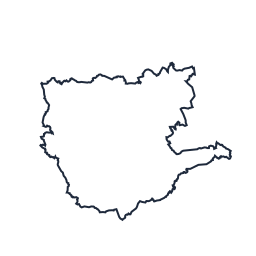 outline of Tlaltenango de Sánchez Román, Zacatecas, Mexico, rotated 153°
{"feature_id": "50627088B31443203772787", "entity_name": "Tlaltenango de Sánchez Román", "entity_type": "district", "adm_level": 2, "iso_a3": "MEX", "parent_name": "Mexico", "parent_adm1": "Zacatecas", "projection": "robinson", "projection_center": [-103.236, 21.775], "detail": "fine", "context": "isolated", "style": "outline", "palette": "slate", "viewbox_px": 256, "rotation_deg": 153, "n_neighbors": 0, "source": "geoboundaries", "source_scale": "gbopen_adm2", "svg_char_len": 5750}
<svg xmlns="http://www.w3.org/2000/svg" viewBox="0 0 256 256"><g transform="rotate(153 128 128)"><path d="M46.9,60.9L48.4,63.6L50.1,65.4L50.0,66.2L51.5,68.3L51.7,70.0L52.1,70.0L52.4,70.7L53.4,70.9L54.5,73.4L55.2,73.6L55.5,75.0L56.7,73.8L57.1,72.6L58.8,70.7L58.7,70.2L60.7,70.3L60.2,71.8L60.5,73.1L62.3,74.7L64.1,74.8L65.0,73.4L66.6,74.2L67.1,75.0L68.7,76.0L72.3,76.6L73.0,77.5L74.5,77.8L75.9,77.6L89.1,82.7L91.0,82.7L92.8,81.8L94.7,81.9L96.4,82.5L96.8,83.1L96.8,83.9L97.6,85.3L97.7,87.2L98.8,88.4L98.5,90.3L99.1,90.8L99.1,92.6L99.6,95.1L97.3,95.2L97.2,97.1L98.3,97.4L98.7,99.4L98.7,100.5L97.9,102.4L96.9,101.6L94.5,102.1L93.8,101.7L90.9,102.5L90.1,103.2L89.7,105.5L90.4,105.7L90.4,106.4L90.0,106.9L90.4,108.9L90.2,110.0L87.1,108.6L86.6,105.6L86.2,105.1L85.8,105.6L85.8,107.1L84.3,109.3L83.3,109.6L82.8,108.9L81.6,110.5L80.4,110.8L79.8,109.4L80.9,107.6L80.7,107.0L77.9,106.3L76.3,104.0L74.4,103.9L74.1,106.8L73.3,108.2L73.0,109.5L72.4,115.4L72.5,121.0L71.3,121.3L68.8,120.5L65.5,117.9L64.4,118.0L61.0,117.2L60.9,119.6L60.4,121.0L60.0,123.4L54.3,126.1L53.9,126.9L52.3,135.2L54.3,139.9L55.2,143.3L54.2,142.7L52.8,143.8L51.4,143.5L49.5,146.4L48.2,146.1L48.9,144.9L45.8,146.9L45.1,146.7L44.8,145.7L44.2,145.2L42.0,151.6L43.0,151.6L43.0,153.7L46.3,153.9L50.6,155.2L52.3,155.2L53.7,154.6L55.8,156.2L58.1,156.8L59.1,157.5L60.3,160.9L60.0,162.0L59.6,162.3L59.8,163.1L59.3,162.8L59.3,163.3L58.5,163.7L58.5,164.2L59.5,164.5L59.8,164.9L59.0,165.7L59.1,166.1L60.9,166.3L61.9,164.7L63.8,164.0L66.0,161.7L67.0,159.8L67.3,160.7L67.3,163.0L68.6,165.2L69.7,166.1L74.1,163.2L74.7,162.4L75.6,162.1L76.3,162.4L76.8,161.5L78.8,161.6L78.9,162.9L80.2,164.6L81.0,168.1L83.3,171.0L85.0,171.5L86.5,171.5L90.3,169.6L90.0,169.1L91.0,167.1L92.0,167.2L92.0,167.5L96.3,168.1L96.4,166.3L97.0,164.3L96.0,163.5L95.9,162.9L96.7,162.3L97.4,163.4L98.3,163.4L98.3,164.5L99.8,164.7L101.4,164.3L104.8,166.5L107.2,167.5L108.3,167.6L109.8,168.6L109.3,169.3L108.8,171.7L109.6,172.0L109.0,172.8L109.2,176.1L111.0,176.8L111.3,177.2L111.6,177.0L113.2,178.5L114.8,178.9L115.0,178.3L117.6,179.2L120.1,178.5L125.5,185.2L127.0,186.0L127.5,186.6L127.4,187.1L128.3,188.3L129.8,188.7L130.9,188.2L131.9,188.5L132.8,187.7L134.6,187.4L135.3,188.1L136.4,188.3L137.0,188.0L137.5,186.2L138.9,186.3L140.0,185.6L141.1,185.7L142.2,186.6L143.6,186.9L148.9,190.4L149.7,190.5L151.7,191.5L152.6,192.4L152.8,193.5L153.8,194.7L154.5,196.1L155.6,197.2L155.6,197.8L156.9,197.9L157.3,197.7L157.7,196.8L159.9,196.3L160.8,196.9L161.2,198.4L162.7,198.1L163.2,199.0L163.8,199.0L165.3,198.3L166.2,198.4L166.3,197.9L167.3,197.2L168.2,198.5L167.7,200.7L168.8,201.3L169.9,200.5L170.5,201.4L171.3,204.2L170.9,205.9L171.6,206.4L173.2,206.9L175.5,205.6L177.1,205.4L178.5,205.8L178.6,204.7L180.4,204.4L183.7,206.0L184.3,207.3L185.1,207.0L185.1,205.3L185.6,203.5L185.6,200.5L187.5,195.7L187.9,193.5L189.1,192.5L188.4,191.3L188.8,190.1L188.5,188.2L188.8,187.6L188.1,186.5L187.9,184.2L189.8,182.0L190.1,181.1L191.3,180.5L192.1,179.4L194.1,179.5L194.3,178.6L195.5,178.2L195.3,177.9L195.6,177.5L197.0,177.1L198.1,176.2L201.6,171.7L201.7,168.2L202.3,168.1L200.7,166.3L200.0,166.2L199.0,166.8L198.5,165.9L197.5,165.4L197.0,164.4L197.1,163.2L198.3,161.7L197.2,158.4L197.5,157.3L198.2,158.4L198.6,158.2L199.0,159.5L200.3,159.6L202.3,161.1L204.0,161.3L205.0,160.6L205.6,160.8L206.6,158.9L207.0,158.7L209.6,159.6L209.8,157.7L208.4,155.6L208.8,154.7L209.1,150.7L209.8,150.0L210.0,151.4L210.9,151.2L211.7,151.9L212.7,151.7L213.4,152.5L214.0,152.2L213.1,149.4L211.3,147.0L211.7,146.4L211.4,145.9L212.8,144.0L212.2,143.1L211.5,142.9L211.4,142.3L212.0,141.5L211.8,141.0L210.4,139.7L210.4,139.4L210.9,138.7L210.4,138.1L210.5,137.4L210.0,137.1L209.1,137.2L208.4,136.1L207.8,136.0L207.4,134.6L205.7,135.6L205.9,134.5L204.0,132.4L205.2,131.4L205.0,130.8L205.5,129.4L207.1,127.6L207.4,126.6L207.1,119.8L206.3,117.9L207.0,114.6L206.4,112.2L206.5,109.6L207.1,107.7L206.9,106.7L206.2,106.0L206.8,104.8L206.4,104.2L207.3,103.1L208.4,102.9L210.1,99.9L211.8,98.3L211.1,98.0L210.4,96.8L209.6,96.4L209.9,95.5L209.3,94.7L209.3,93.7L209.0,93.6L209.0,92.9L209.4,92.4L208.9,91.4L208.6,91.2L208.1,91.5L207.4,90.5L205.4,89.8L204.5,88.2L204.9,87.7L205.8,87.5L206.1,85.8L206.9,84.9L208.5,84.1L207.7,82.8L206.2,82.5L206.1,79.6L205.3,78.3L202.4,77.9L198.7,75.1L196.4,74.8L194.3,73.6L193.9,72.9L194.0,72.0L192.6,70.9L192.5,70.1L191.9,69.6L191.2,66.9L191.4,65.7L188.5,64.5L186.4,63.1L185.7,63.6L184.8,63.6L182.3,63.2L179.2,61.8L178.2,61.0L177.5,61.5L175.2,60.9L176.2,52.7L175.9,50.8L174.6,48.7L173.9,49.1L171.7,49.2L170.9,49.8L170.6,50.8L169.5,51.5L168.3,51.5L167.7,50.9L166.4,51.6L165.6,50.2L165.0,50.0L162.9,51.7L157.3,52.7L155.8,53.7L153.3,56.2L150.5,57.4L149.0,55.7L146.3,53.7L144.8,54.6L142.7,53.4L141.7,53.3L140.1,53.4L138.5,54.2L138.2,53.8L138.6,52.8L137.9,52.1L138.1,50.8L137.8,50.6L135.3,50.3L132.1,49.2L131.9,49.4L127.5,49.3L125.9,49.7L125.3,49.4L124.8,50.0L122.7,50.4L122.2,51.3L121.4,51.7L121.0,51.6L121.2,51.9L120.9,52.2L120.4,52.0L119.6,52.5L119.5,52.2L119.1,52.4L118.4,51.9L118.4,51.0L117.2,51.8L116.2,53.2L115.4,53.4L114.8,54.0L114.6,52.5L114.3,52.5L114.1,53.1L113.5,53.1L113.0,53.8L113.7,55.8L114.3,56.0L114.2,56.6L113.6,56.4L112.2,57.2L110.8,58.7L110.7,59.3L110.1,59.5L109.0,58.9L108.7,59.6L107.9,59.6L107.6,60.2L106.6,60.2L104.7,62.9L103.8,63.3L102.8,62.9L101.4,63.5L99.3,62.8L98.5,63.5L97.7,63.2L97.3,62.7L97.5,62.3L97.0,61.8L95.6,61.8L94.9,62.1L94.5,62.8L95.1,64.3L94.4,65.0L91.1,63.3L82.0,63.2L74.5,60.1L69.0,60.6L68.6,61.2L68.0,61.3L66.9,60.9L66.3,62.3L63.9,63.0L63.1,63.8L62.1,60.9L61.8,60.9L61.2,59.5L60.3,59.4L60.0,60.0L59.6,60.1L59.0,59.8L58.7,60.6L57.9,60.7L57.6,59.9L55.8,59.3L54.8,57.9L53.6,57.8L52.0,54.6L50.9,54.5L49.4,55.8L49.9,56.8L49.2,57.1L49.3,58.4L48.2,59.1L48.2,60.2L46.9,60.9Z" fill="none" stroke="#1e293b" stroke-width="2"/></g></svg>